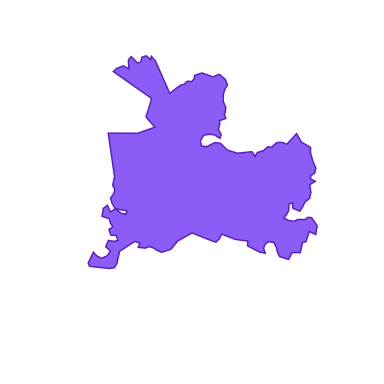 the district of Constantina, Rio Grande do Sul, Brazil, rotated 300°
{"feature_id": "56859067B19051773573011", "entity_name": "Constantina", "entity_type": "district", "adm_level": 2, "iso_a3": "BRA", "parent_name": "Brazil", "parent_adm1": "Rio Grande do Sul", "projection": "robinson", "projection_center": [-52.994, -27.69], "detail": "fine", "context": "isolated", "style": "filled", "palette": "violet", "viewbox_px": 384, "rotation_deg": 300, "n_neighbors": 0, "source": "geoboundaries", "source_scale": "gbopen_adm2", "svg_char_len": 2232}
<svg xmlns="http://www.w3.org/2000/svg" viewBox="0 0 384 384"><g transform="rotate(300 192 192)"><path d="M76.4,140.4L80.0,148.6L84.4,158.5L87.5,162.6L92.6,162.7L104.4,159.0L120.7,167.2L121.5,172.4L117.2,173.1L120.0,179.5L123.3,182.3L124.3,186.9L124.0,190.5L124.6,195.9L131.9,202.4L142.3,204.1L156.6,212.5L157.1,216.1L159.6,233.5L160.6,237.9L165.3,239.1L170.3,238.6L172.7,253.4L175.4,260.0L177.5,264.6L173.2,267.0L173.4,274.2L173.8,280.8L175.6,286.0L178.9,282.2L183.0,281.4L187.2,283.0L189.3,288.1L186.4,292.4L182.8,296.0L179.8,300.0L181.9,309.4L189.6,309.0L193.6,316.2L199.1,314.4L203.5,313.0L205.8,315.5L216.4,313.4L217.0,320.4L225.4,317.2L229.6,308.4L228.0,305.0L224.6,303.6L221.3,297.6L217.6,294.8L215.7,290.2L215.4,284.6L220.0,285.2L224.2,285.0L230.2,282.0L232.8,284.6L228.4,287.4L229.3,295.0L235.1,295.2L239.5,294.8L245.4,297.0L251.0,295.2L257.3,290.4L263.0,293.4L262.6,288.1L265.5,286.8L269.7,288.8L274.5,287.4L279.2,281.2L285.6,274.7L289.9,272.4L289.9,261.8L294.8,253.4L280.8,250.2L280.0,245.2L277.4,240.9L273.9,239.5L270.6,238.7L269.2,235.1L263.8,233.3L258.8,228.8L254.4,228.7L256.9,223.8L250.5,214.9L248.3,211.9L246.0,201.7L248.4,192.2L246.2,187.1L238.4,181.9L236.7,177.1L240.5,173.7L247.1,173.8L250.8,178.4L252.7,182.9L252.4,189.4L256.4,188.5L259.3,183.7L264.0,182.3L267.7,180.3L272.6,184.5L274.9,181.7L281.9,179.2L286.1,173.7L292.4,170.3L297.5,169.1L302.3,169.3L306.2,164.5L307.6,156.6L302.2,152.6L300.1,141.2L294.3,135.9L291.2,137.2L287.6,136.7L285.6,132.6L281.1,131.1L278.8,128.6L266.3,123.4L287.2,94.8L289.2,89.0L285.9,89.9L287.1,84.3L283.7,81.2L278.8,82.6L276.4,80.2L277.6,76.5L278.8,71.6L274.5,70.9L267.1,75.6L267.0,69.6L261.4,65.0L257.0,63.6L252.8,110.2L248.3,111.4L234.0,114.6L231.9,120.4L229.6,127.4L215.7,115.6L201.1,90.0L198.5,92.0L191.0,98.0L166.6,117.2L158.1,120.0L156.2,123.2L153.4,124.7L149.8,125.0L146.3,124.4L142.5,128.0L139.1,133.8L133.8,131.4L138.3,125.4L133.5,123.4L126.0,126.2L127.4,133.8L124.1,137.1L122.3,140.9L118.0,138.8L114.1,143.3L116.5,148.2L112.9,152.1L110.1,148.8L108.3,143.8L101.4,144.7L100.2,150.7L94.6,150.6L89.3,146.8L89.1,141.3L90.6,136.7L78.6,137.6L76.4,140.4ZM139.1,133.8L143.1,145.0L139.8,146.0L138.2,141.8L139.1,133.8Z" fill="#8b5cf6" stroke="#5b21b6" stroke-width="1.5"/></g></svg>